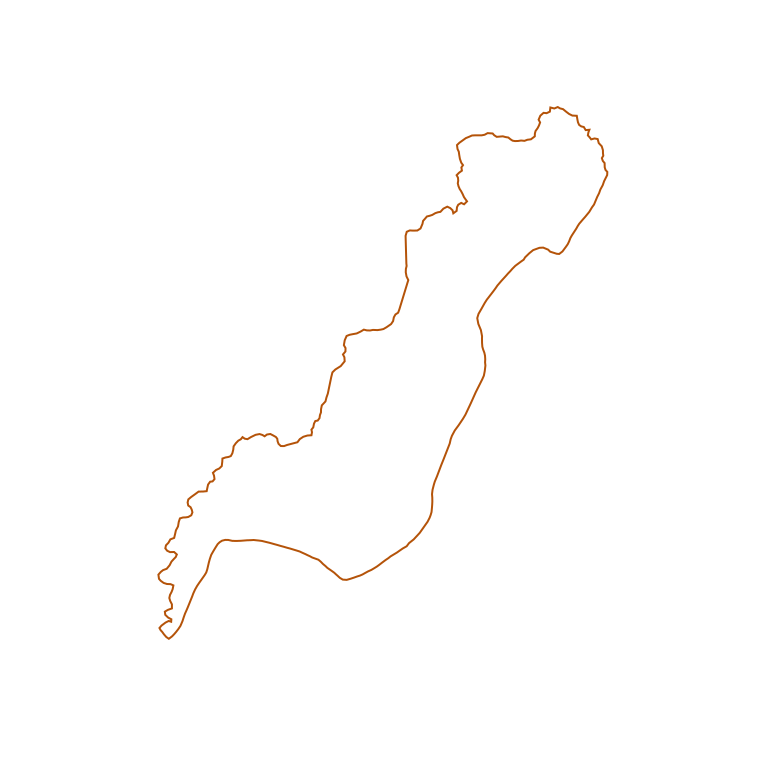 outline of Itapiratins, Tocantins, Brazil, rotated 211°
{"feature_id": "56859067B41271954080984", "entity_name": "Itapiratins", "entity_type": "district", "adm_level": 2, "iso_a3": "BRA", "parent_name": "Brazil", "parent_adm1": "Tocantins", "projection": "robinson", "projection_center": [-48.008, -8.299], "detail": "fine", "context": "isolated", "style": "outline", "palette": "amber", "viewbox_px": 768, "rotation_deg": 211, "n_neighbors": 0, "source": "geoboundaries", "source_scale": "gbopen_adm2", "svg_char_len": 5687}
<svg xmlns="http://www.w3.org/2000/svg" viewBox="0 0 768 768"><g transform="rotate(211 384 384)"><path d="M437.2,54.8L435.7,58.5L435.0,61.5L434.5,64.5L434.1,67.9L433.9,71.8L434.6,76.9L435.5,80.8L436.3,84.7L436.7,88.1L437.2,91.7L437.8,95.5L438.5,99.9L439.0,103.1L439.6,106.2L440.1,110.6L440.2,114.7L440.0,118.5L439.7,122.3L439.5,125.1L439.3,127.9L439.3,130.9L440.0,134.0L441.1,137.4L442.2,140.8L443.2,144.4L444.1,148.6L444.2,152.9L444.2,156.8L444.1,161.1L443.4,163.7L442.1,166.3L439.8,168.6L437.2,170.1L433.3,171.4L430.1,173.2L427.9,174.6L425.5,176.2L423.0,178.0L420.9,179.5L418.1,181.3L415.3,183.2L413.1,184.2L411.0,185.2L407.8,186.6L403.9,187.8L400.4,188.9L397.9,189.6L395.3,190.3L392.5,191.1L389.4,191.9L385.9,192.9L382.8,193.7L379.7,194.6L376.5,195.4L372.9,196.3L370.0,197.0L367.0,197.3L363.8,197.7L361.4,197.9L358.8,198.2L356.2,198.3L353.2,198.9L349.7,199.6L346.6,199.1L343.6,198.3L340.4,197.8L337.8,197.2L334.5,197.0L331.7,196.8L329.4,196.6L327.1,196.1L324.9,195.7L322.1,195.1L318.6,195.1L315.1,196.9L312.4,199.8L310.0,202.6L307.8,205.3L306.0,207.3L304.3,209.7L303.0,212.0L301.2,215.1L299.1,218.1L297.6,220.9L296.1,223.8L295.0,226.4L293.6,230.0L292.0,233.9L290.6,236.9L289.6,239.6L287.8,243.0L286.1,246.2L284.7,249.4L283.2,252.7L281.0,256.6L280.6,260.5L278.5,266.1L276.7,274.8L275.9,285.7L275.7,288.3L276.0,292.8L276.5,295.6L277.3,298.7L279.1,302.5L280.5,305.3L282.0,308.1L284.1,311.5L286.1,314.3L287.9,318.3L289.5,323.7L290.2,326.5L291.0,332.0L293.2,344.1L294.2,350.4L297.0,366.8L298.4,371.0L299.1,374.6L299.4,380.6L298.8,386.9L298.4,394.7L298.4,399.6L299.5,410.5L299.9,414.1L301.1,424.0L302.2,438.6L302.7,442.6L304.3,447.0L306.6,452.1L308.5,454.6L310.0,457.4L312.0,460.3L314.1,462.5L317.0,464.8L318.9,466.6L321.1,469.7L323.4,473.4L324.6,475.5L328.7,480.1L334.1,484.1L338.0,488.5L339.1,492.8L339.2,498.8L339.4,505.3L339.3,509.2L338.6,515.1L338.0,520.3L337.7,523.5L337.5,526.9L336.5,532.8L335.1,539.8L334.6,542.6L333.9,545.6L333.3,549.0L332.3,553.0L329.5,559.8L328.3,562.5L328.3,565.2L326.8,570.9L325.1,575.6L320.9,580.8L317.8,582.9L312.5,583.7L309.7,583.0L303.0,584.6L300.8,585.7L299.3,589.5L298.7,595.5L298.5,598.5L298.8,601.7L299.4,605.0L299.5,608.0L299.2,616.3L299.3,619.0L299.2,622.0L298.3,627.3L297.6,631.1L296.7,637.3L296.7,642.6L296.4,646.0L297.6,654.2L297.9,658.3L298.7,662.2L298.9,667.0L299.8,671.3L300.3,678.0L301.8,680.8L304.4,681.6L306.4,683.4L308.7,687.0L311.3,687.9L313.6,689.8L313.6,692.6L315.1,694.5L316.8,697.2L319.8,699.9L324.0,701.1L327.0,704.0L330.0,702.9L332.4,700.4L334.9,701.4L337.3,702.1L338.4,705.0L338.9,707.7L341.9,705.5L345.1,707.2L347.6,706.4L350.2,706.6L352.5,708.2L354.6,710.5L356.9,713.2L360.8,711.1L364.4,710.8L368.0,711.2L372.1,711.8L375.1,710.9L377.7,710.9L379.9,707.9L383.8,706.7L382.1,702.9L384.1,699.9L386.9,698.6L388.2,694.5L387.6,690.2L384.9,688.6L384.3,685.4L384.1,682.4L384.4,678.9L383.7,676.5L382.3,673.9L384.1,669.4L386.9,667.2L388.8,664.8L391.9,663.3L394.2,661.4L396.8,659.7L399.1,658.8L401.5,658.9L404.4,659.3L406.9,658.3L409.7,657.5L412.2,655.7L414.7,653.9L417.7,654.0L419.9,654.7L424.4,652.4L426.1,649.5L428.4,647.4L431.3,645.7L434.1,644.0L436.6,642.3L438.4,639.7L440.5,636.9L442.3,632.7L443.6,629.7L444.5,626.4L442.0,623.3L439.5,621.6L437.5,619.1L434.9,616.1L431.8,613.5L429.0,612.3L429.2,609.5L427.1,607.0L428.5,603.7L429.3,600.4L426.8,598.9L425.1,596.5L424.1,594.0L422.0,591.9L419.5,590.1L417.2,589.0L414.4,587.3L411.7,585.4L409.7,584.5L406.9,583.3L407.9,579.3L411.1,579.0L412.7,575.9L412.5,573.1L410.9,569.8L412.5,566.0L414.7,568.2L417.8,568.9L421.1,568.6L423.4,564.9L424.3,560.6L426.2,559.0L428.0,556.9L429.7,553.8L431.4,551.8L433.5,549.7L434.0,546.6L434.5,543.9L433.5,541.1L432.8,536.1L434.5,532.7L438.0,530.5L441.0,528.9L442.9,526.2L441.8,522.1L426.9,498.8L425.4,496.8L424.5,493.9L422.9,491.0L420.1,487.8L416.7,485.6L409.3,456.0L408.6,452.4L410.0,449.5L409.9,446.2L408.6,442.6L408.8,439.0L410.0,436.3L411.1,433.9L412.8,430.8L414.8,428.9L417.4,426.8L421.3,424.7L423.5,422.7L426.4,421.1L429.3,420.2L431.0,417.0L433.4,413.3L436.6,410.5L438.8,408.5L440.8,405.9L440.2,401.3L438.4,396.6L435.5,395.0L433.8,392.0L434.4,388.2L431.7,386.5L429.4,383.2L429.9,379.9L430.3,377.1L431.8,374.1L433.2,371.3L434.2,367.4L432.8,362.8L427.2,346.8L426.4,342.9L425.2,338.9L426.3,333.7L425.0,330.0L423.4,327.2L422.9,324.4L421.7,321.5L422.0,318.5L423.8,316.9L423.6,314.0L422.3,310.4L422.7,307.5L420.9,305.6L419.8,302.7L423.1,300.4L426.0,297.2L427.8,293.4L428.2,289.5L435.6,281.9L437.7,279.3L440.5,277.7L443.6,278.4L445.7,280.1L447.3,282.1L449.4,282.9L452.7,282.8L455.7,282.6L458.3,280.4L459.4,277.7L462.0,277.7L464.9,277.0L467.9,274.3L470.7,270.0L472.6,266.4L475.2,265.4L477.9,265.6L478.3,262.8L479.7,260.4L480.5,257.0L480.8,253.1L479.4,250.1L478.3,246.5L478.2,243.3L479.7,241.4L482.0,239.4L484.1,236.9L482.6,234.1L480.8,230.1L481.7,226.7L483.7,223.8L484.9,219.8L482.5,217.9L480.3,215.2L480.8,212.2L482.7,210.7L483.0,207.2L481.9,203.9L480.8,200.8L483.9,198.5L487.5,196.3L489.2,192.2L491.1,187.8L492.3,184.3L491.3,181.3L489.2,179.0L486.4,178.8L484.1,177.3L482.1,175.3L481.6,172.2L483.3,169.2L485.2,167.6L487.6,166.0L489.7,163.7L488.9,160.1L487.2,155.8L487.0,151.4L485.9,148.1L484.6,144.0L487.1,140.8L487.0,136.9L487.8,133.4L486.8,130.5L484.0,129.4L480.8,129.7L477.4,131.9L473.8,131.2L473.4,128.4L474.0,125.8L474.7,122.3L474.4,118.2L475.1,113.7L477.5,110.7L478.5,108.1L479.2,104.4L476.5,101.1L474.0,100.3L470.4,100.0L467.0,100.8L463.9,102.5L460.8,102.9L459.5,99.3L459.0,96.3L458.8,93.0L457.8,90.0L455.5,87.9L452.3,85.9L450.2,82.4L452.9,79.1L454.6,76.0L452.6,73.5L448.7,72.6L445.1,72.8L444.0,70.6L446.5,70.0L448.4,67.0L450.3,62.3L450.8,59.2L448.6,57.9L446.5,57.3L443.7,56.1L440.3,55.0L437.2,54.8Z" fill="none" stroke="#b45309" stroke-width="2"/></g></svg>